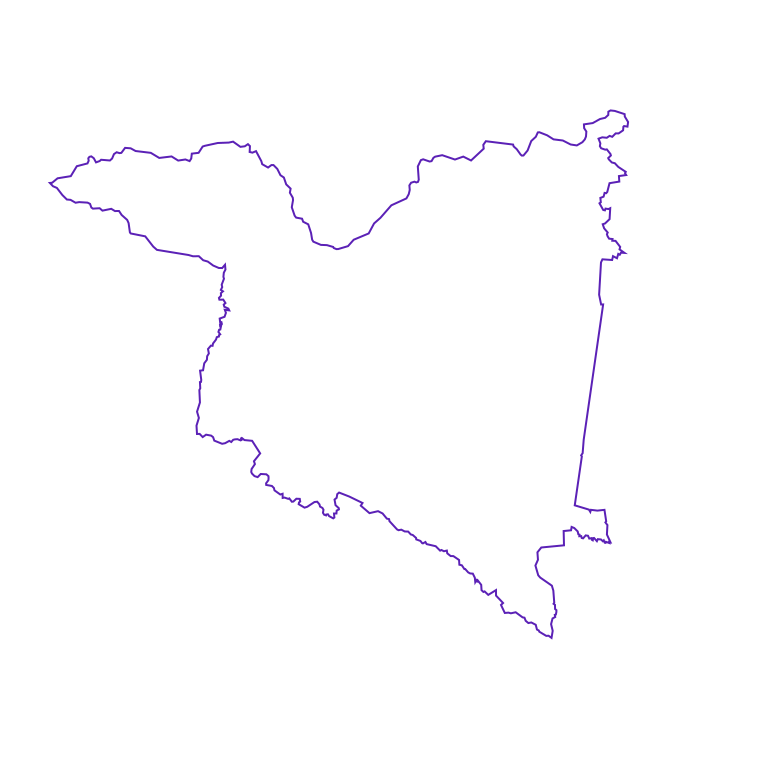 Acateno, Puebla, Mexico (Albers equal-area conic projection), rotated 79°
{"feature_id": "50627088B68645229361242", "entity_name": "Acateno", "entity_type": "district", "adm_level": 2, "iso_a3": "MEX", "parent_name": "Mexico", "parent_adm1": "Puebla", "projection": "albers", "projection_center": [-97.228, 20.1], "detail": "fine", "context": "isolated", "style": "outline", "palette": "violet", "viewbox_px": 768, "rotation_deg": 79, "n_neighbors": 0, "source": "geoboundaries", "source_scale": "gbopen_adm2", "svg_char_len": 6159}
<svg xmlns="http://www.w3.org/2000/svg" viewBox="0 0 768 768"><g transform="rotate(79 384 384)"><path d="M582.6,191.9L574.3,193.9L565.1,191.6L562.1,193.1L561.2,192.1L549.6,191.6L549.0,198.7L547.0,204.9L548.9,205.9L546.4,206.8L539.5,219.9L492.8,203.6L491.7,204.1L489.8,202.2L476.8,198.6L347.7,153.7L347.4,155.7L337.4,155.8L306.1,147.8L303.3,145.8L305.8,136.4L302.2,134.8L305.0,131.3L301.0,129.2L302.1,127.9L300.3,126.3L301.2,122.9L296.8,127.1L294.5,126.0L287.7,129.4L286.9,132.6L285.3,132.0L284.3,135.3L281.7,136.3L279.5,136.6L278.0,135.5L273.2,138.2L268.9,138.8L268.6,136.4L265.2,131.1L254.6,128.4L255.1,130.3L254.1,133.1L255.7,134.0L255.0,135.6L247.7,138.0L247.0,136.5L242.6,136.1L242.0,132.7L238.5,131.0L239.1,129.5L238.1,128.2L229.9,124.3L230.2,114.4L224.7,113.7L225.1,106.4L223.0,107.2L221.9,106.2L215.6,112.6L211.3,115.3L210.0,118.1L206.3,120.5L205.0,120.8L203.0,117.7L201.5,117.8L196.2,120.5L196.2,122.1L194.0,125.9L191.7,126.7L189.0,125.7L184.1,126.6L183.5,122.7L184.8,118.3L183.5,115.2L184.9,112.8L182.2,108.8L182.8,105.9L180.6,100.9L177.1,99.9L176.6,99.1L177.8,95.9L173.4,94.4L167.4,96.6L165.0,96.3L160.0,105.3L158.7,109.4L159.5,111.8L162.7,112.5L164.9,116.1L165.1,121.4L167.7,129.3L167.3,138.2L171.1,138.7L174.8,137.2L179.6,138.5L182.2,140.2L184.5,143.1L186.6,149.2L184.5,155.1L179.1,162.0L176.2,170.9L171.0,176.4L166.5,183.5L166.4,185.0L170.3,187.8L173.6,193.1L182.2,198.5L186.3,203.5L186.1,205.1L184.9,206.1L178.8,208.9L175.5,211.4L173.6,211.6L165.1,237.7L168.2,240.9L172.0,241.2L181.2,255.9L175.9,262.8L177.2,271.5L170.5,283.2L170.6,290.4L171.4,292.3L174.3,294.8L174.3,296.8L170.9,302.7L171.3,305.1L176.9,309.3L190.1,310.9L192.1,312.1L192.3,313.9L191.2,315.5L191.6,319.0L193.9,321.2L198.4,321.7L202.4,323.5L206.1,326.6L210.0,342.7L220.2,355.8L224.5,363.1L233.3,370.3L236.6,386.2L241.8,393.0L242.8,403.3L242.5,405.0L240.9,407.4L239.8,407.7L236.8,413.5L235.4,419.4L230.8,426.2L228.6,427.0L221.8,426.8L212.8,427.9L209.3,432.4L206.1,432.9L203.9,438.5L201.7,439.6L192.9,440.8L186.1,438.2L183.7,438.0L178.3,439.9L174.4,438.4L169.4,441.9L162.2,442.9L159.3,445.8L152.5,447.7L148.0,450.7L147.6,452.7L149.4,456.5L145.0,461.6L141.8,461.9L131.0,465.2L131.8,469.0L130.6,471.6L124.9,470.2L122.6,471.8L124.1,475.3L123.8,479.7L117.3,485.9L117.4,490.3L115.7,501.2L116.0,514.4L116.3,516.7L121.7,521.9L121.2,528.7L125.9,530.2L128.1,532.3L125.7,536.1L125.4,543.4L120.1,549.1L119.2,561.5L112.6,568.8L107.9,583.4L104.3,587.7L102.8,593.1L107.0,597.7L106.9,599.6L105.5,602.2L106.8,605.2L110.8,607.9L112.3,610.4L109.9,618.9L110.9,620.6L111.5,624.4L107.0,625.8L104.7,627.9L104.8,629.8L106.0,631.2L108.5,631.3L110.9,633.0L111.6,644.0L120.2,651.8L119.8,665.2L123.1,671.3L122.9,673.6L126.7,671.2L129.1,667.7L137.1,663.7L142.4,660.1L143.4,656.6L147.2,652.2L147.3,648.5L149.4,640.4L151.1,638.2L154.9,637.6L156.3,636.3L157.2,629.6L160.1,627.3L160.0,618.3L162.9,615.1L163.6,611.1L168.0,609.3L173.9,604.8L177.3,604.0L186.7,604.5L187.9,603.9L193.5,590.2L205.1,584.3L209.0,581.3L220.1,551.2L222.2,547.1L223.2,541.4L228.0,537.9L230.2,533.6L235.1,529.1L238.6,524.0L239.3,520.7L236.6,517.3L241.4,517.8L244.2,520.0L248.2,521.2L250.1,521.0L255.6,524.4L258.0,524.3L260.5,526.2L262.3,524.4L263.7,526.8L266.2,527.1L268.0,529.6L269.8,529.5L270.5,525.7L274.3,524.2L275.5,526.2L277.7,526.0L280.3,522.4L282.2,521.9L280.8,526.1L284.0,525.6L287.6,527.7L288.4,532.8L292.5,533.1L292.3,531.8L294.1,531.7L294.6,533.7L296.0,533.8L296.0,532.9L299.3,534.3L299.3,535.5L301.3,536.6L304.0,535.3L304.6,536.7L305.9,537.0L306.1,539.2L308.3,540.4L311.6,544.1L313.8,545.0L313.3,546.6L316.1,550.1L320.6,550.1L323.0,552.3L326.4,553.2L329.4,556.5L336.0,559.0L335.8,562.0L345.1,562.6L347.0,563.2L347.0,564.3L353.2,565.2L354.7,566.4L367.0,568.2L375.5,572.8L382.0,572.2L389.1,576.0L397.4,577.1L397.8,574.5L401.5,572.1L399.8,568.3L401.7,563.5L403.6,561.9L407.2,561.4L411.8,554.3L411.8,551.3L410.3,546.7L411.8,545.0L410.0,542.7L409.9,541.0L410.2,538.4L412.0,535.5L411.8,534.6L410.1,534.7L409.8,533.9L412.4,531.7L414.6,524.3L428.5,518.8L435.0,526.4L438.0,526.0L442.2,530.2L445.0,531.1L446.7,530.7L449.7,528.7L451.3,525.8L448.8,522.2L450.2,516.7L452.4,515.0L454.1,515.2L456.3,515.8L459.0,518.7L460.6,518.9L462.7,513.5L465.1,511.9L467.5,511.8L472.7,506.9L472.4,504.5L476.5,505.2L476.5,503.3L478.5,499.9L478.2,498.8L482.0,496.9L482.1,495.4L479.9,491.9L480.7,488.6L483.4,488.7L484.0,490.0L485.7,490.7L490.2,485.6L489.9,482.8L486.6,474.8L486.8,472.0L489.9,470.3L492.1,470.2L493.9,468.1L495.9,467.4L498.8,468.5L500.9,467.7L501.9,466.0L501.1,465.6L501.2,463.9L503.2,463.1L506.2,459.5L505.6,458.2L501.6,457.8L502.0,455.4L499.2,454.6L498.5,452.2L497.2,452.1L493.7,454.7L488.0,454.6L486.7,452.2L483.2,450.9L482.0,448.8L487.9,439.5L496.7,427.8L499.0,430.0L508.0,422.9L507.7,414.1L510.8,410.1L516.7,406.9L517.6,404.8L519.7,404.8L529.3,398.9L530.3,397.6L530.3,394.8L532.7,391.8L533.5,388.4L536.8,386.4L537.7,384.6L541.2,381.9L542.7,382.0L545.0,378.2L547.5,376.9L547.9,376.2L547.0,373.5L549.3,372.7L553.1,364.2L558.3,360.7L557.9,359.3L559.6,357.1L559.5,354.1L562.3,354.2L565.6,351.4L566.2,348.7L571.1,343.9L575.8,344.5L576.8,342.2L581.0,340.4L581.1,339.6L585.0,337.3L586.4,335.6L587.1,333.0L591.5,331.8L595.9,332.2L595.2,331.6L595.7,330.3L593.8,330.4L594.0,329.8L599.7,326.9L605.0,327.6L607.1,326.1L606.8,324.8L610.9,321.9L607.7,313.4L613.1,314.4L621.7,308.9L623.2,311.3L631.8,309.1L632.2,305.4L633.3,303.2L633.2,298.3L639.5,292.5L640.2,290.7L643.5,290.1L646.2,287.9L646.2,284.9L649.3,281.0L654.2,280.7L655.5,279.1L656.8,278.8L662.2,272.8L662.5,270.5L665.2,268.0L658.5,265.5L651.6,265.8L646.3,263.3L645.4,260.4L643.2,260.4L643.1,259.3L640.7,258.3L638.9,257.9L637.5,259.0L633.4,258.3L632.1,259.5L631.1,258.6L619.1,257.2L614.0,257.7L603.8,267.6L601.2,269.1L591.1,270.0L585.9,266.4L578.5,265.5L574.5,260.8L576.7,238.1L562.6,235.7L563.3,228.3L560.1,227.1L561.7,224.7L565.7,222.0L568.6,221.9L569.2,220.8L570.7,221.3L571.0,219.4L572.9,219.3L573.5,218.0L571.1,214.9L571.9,212.7L574.9,212.0L574.9,209.8L576.6,209.7L577.3,208.9L575.2,208.0L575.2,207.2L578.9,205.0L577.1,203.7L578.0,200.7L580.1,199.2L579.4,198.1L581.9,197.6L582.2,196.8L581.3,196.2L583.2,193.0L582.1,193.0L582.6,191.9Z" fill="none" stroke="#5b21b6" stroke-width="2"/></g></svg>